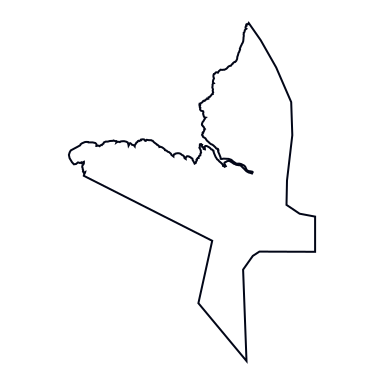 Imeong, Palau (orthographic projection)
{"feature_id": "81905179B35739525053108", "entity_name": "Imeong", "entity_type": "district", "adm_level": 2, "iso_a3": "PLW", "parent_name": "Palau", "parent_adm1": "", "projection": "orthographic", "projection_center": [134.514, 7.531], "detail": "fine", "context": "isolated", "style": "outline", "palette": "ink", "viewbox_px": 384, "rotation_deg": 0, "n_neighbors": 0, "source": "geoboundaries", "source_scale": "gbopen_adm2", "svg_char_len": 5672}
<svg xmlns="http://www.w3.org/2000/svg" viewBox="0 0 384 384"><path d="M198.4,303.2L246.5,361.0L243.1,269.6L252.8,255.9L259.4,251.6L315.1,251.8L315.1,216.6L299.6,213.7L286.5,204.9L287.0,180.5L292.3,135.2L291.2,102.1L276.2,67.5L260.7,40.2L248.7,23.0L248.2,23.9L248.0,24.2L247.3,24.1L246.8,24.1L246.4,24.4L246.7,25.0L246.4,25.4L246.4,25.9L246.0,25.9L245.9,26.3L245.5,27.2L245.6,27.9L245.7,28.4L246.3,28.8L245.5,29.4L244.8,30.2L244.6,31.5L244.2,32.5L243.7,32.9L243.8,34.0L243.6,34.5L243.8,35.4L243.7,36.6L243.5,37.6L243.5,38.4L243.4,39.6L243.2,41.3L242.6,42.9L242.0,43.8L241.5,45.0L240.8,46.3L240.4,47.4L240.1,48.1L239.8,48.8L240.1,49.5L239.7,50.4L239.3,51.4L239.2,51.9L238.6,52.7L238.3,53.8L237.8,55.7L237.5,56.2L237.3,57.0L237.2,58.2L237.1,59.0L236.2,60.9L235.1,62.0L234.6,61.9L233.9,62.4L233.2,62.9L232.8,63.7L231.9,64.3L231.5,64.9L230.8,65.8L230.1,65.8L229.1,66.2L228.4,66.6L227.6,67.5L226.7,68.5L226.1,68.9L224.9,69.5L224.2,69.8L223.5,69.7L222.2,69.9L221.3,69.8L220.5,69.7L219.7,70.5L219.0,71.0L218.5,71.7L217.9,72.7L216.8,72.3L215.9,72.4L215.1,73.2L214.6,73.9L213.9,74.0L213.5,75.0L213.4,76.1L213.5,77.1L214.0,78.3L213.7,79.0L213.2,80.1L213.0,81.1L212.9,82.1L213.8,83.2L213.0,83.4L212.5,84.7L212.6,85.9L212.3,87.3L212.9,89.1L213.0,89.7L212.7,90.3L212.8,91.3L213.2,92.3L212.8,92.9L212.8,94.9L212.4,93.8L211.5,94.8L210.9,95.7L210.2,96.3L209.8,96.9L208.6,97.3L208.4,98.7L207.1,98.5L206.9,99.2L205.5,99.7L205.3,100.2L204.6,100.9L203.8,100.7L203.2,101.0L202.7,101.8L202.0,102.5L200.9,103.1L200.3,103.7L199.6,103.7L199.4,104.6L199.5,105.5L200.1,105.5L199.9,106.2L199.8,107.3L200.4,107.9L200.1,108.6L200.1,109.5L200.5,110.1L201.0,110.7L202.6,111.1L203.2,111.3L203.3,111.9L203.4,112.5L203.2,113.1L203.1,113.9L203.4,114.7L203.6,115.7L203.9,116.5L204.4,117.3L205.0,117.5L205.6,117.6L205.0,118.1L204.9,118.8L204.4,119.3L203.6,120.9L202.6,122.1L202.0,123.7L201.9,124.5L202.1,125.2L202.7,125.6L202.8,126.2L203.7,126.9L203.9,127.5L204.2,128.0L204.9,129.0L204.2,129.5L204.3,130.4L204.0,130.9L203.5,132.0L202.9,132.2L202.6,132.8L203.0,133.2L202.3,134.3L202.0,134.9L202.8,135.8L202.8,136.5L203.4,137.2L204.2,137.5L205.5,138.4L206.2,139.6L207.0,140.7L208.8,142.2L209.6,143.1L211.1,144.2L212.2,144.6L213.5,145.5L214.3,146.3L215.5,147.4L216.1,148.3L216.8,148.8L217.5,148.7L217.9,148.9L218.0,149.7L218.4,150.0L218.4,150.8L218.1,150.9L218.3,152.0L219.1,153.7L220.0,156.0L220.6,157.5L220.7,158.8L221.8,159.0L223.1,158.7L224.8,158.7L226.8,158.8L228.7,158.9L231.3,159.8L231.9,160.3L233.2,161.5L234.7,162.5L236.0,163.4L236.9,163.7L239.2,163.6L241.0,164.0L242.6,164.8L243.9,165.4L245.2,166.6L245.9,168.2L246.6,169.7L247.2,170.4L248.7,171.1L250.5,171.3L252.3,171.7L252.7,172.1L252.0,173.5L250.1,172.8L249.2,172.7L248.3,172.3L247.2,171.7L246.3,171.1L245.3,170.1L244.0,168.7L242.7,167.5L242.1,166.9L241.1,165.9L240.3,165.3L238.6,165.2L237.6,165.0L236.2,164.8L235.2,164.2L233.9,163.8L232.9,163.1L231.6,162.2L230.2,161.4L229.2,160.9L228.6,160.9L227.0,161.2L226.2,161.8L225.3,162.1L224.5,162.7L224.4,163.6L225.0,164.7L225.5,165.6L225.8,166.2L225.2,166.4L224.7,166.8L223.8,166.1L223.0,165.9L222.9,165.0L222.3,164.2L222.0,163.7L221.2,163.0L220.3,162.2L219.3,161.4L218.9,160.9L218.0,159.9L217.1,159.3L216.8,158.8L216.3,157.9L215.6,156.9L215.1,155.7L214.1,153.4L213.7,152.2L213.6,151.1L213.3,151.0L213.2,150.5L212.9,150.4L212.2,149.6L211.3,149.4L210.6,148.6L209.7,147.7L208.6,147.0L207.1,146.2L206.6,146.0L205.9,145.9L205.2,146.1L204.7,146.7L204.8,148.3L204.9,149.3L204.4,149.2L203.8,149.0L203.9,148.4L203.2,147.9L203.0,147.1L202.2,146.9L201.8,145.6L202.1,144.8L201.0,144.5L201.0,144.1L200.5,144.1L200.4,144.3L199.9,144.4L199.8,145.9L199.8,147.3L199.4,147.8L200.2,149.1L200.9,150.9L200.8,151.9L201.1,152.7L200.4,153.7L200.4,154.4L200.3,155.4L199.3,155.8L198.6,157.2L198.6,158.0L197.7,158.0L196.6,159.5L197.0,159.9L196.6,160.9L196.1,161.3L195.8,162.9L194.6,163.6L194.1,162.5L193.2,160.9L192.7,160.2L192.4,158.6L191.1,157.9L190.5,157.2L189.4,156.9L188.9,156.4L187.1,156.2L186.3,157.0L185.6,157.4L185.7,158.9L184.6,158.2L184.0,156.4L183.2,155.5L182.2,155.1L181.4,154.5L180.6,153.8L179.2,153.3L178.0,153.2L177.0,153.3L175.4,153.6L174.5,154.4L173.9,154.5L173.4,155.7L173.4,156.4L171.5,155.0L170.9,153.7L169.0,152.1L167.7,151.7L166.5,150.6L165.0,150.2L164.8,149.4L163.2,148.1L162.2,147.4L160.6,146.8L159.5,147.0L159.5,146.4L159.0,146.2L157.9,145.1L156.9,144.7L156.5,144.0L156.0,143.8L153.8,142.1L152.7,140.8L152.0,140.7L151.2,140.2L150.0,140.2L148.4,140.1L146.7,139.8L145.8,140.3L145.8,140.8L145.3,140.9L144.2,139.5L143.0,139.3L141.9,139.4L141.0,139.6L141.0,140.3L140.2,140.5L139.4,141.0L138.9,140.7L137.9,141.1L137.3,142.2L136.6,142.4L136.1,143.1L135.8,143.8L135.3,144.4L134.8,145.2L134.7,146.3L133.9,145.3L133.0,145.0L132.0,144.8L131.1,143.8L130.3,143.2L129.3,143.4L128.9,143.9L129.0,144.9L128.6,145.6L128.5,144.9L128.1,143.6L127.6,142.4L126.3,141.7L124.2,141.2L123.0,141.2L120.9,141.4L119.8,142.1L119.0,141.8L117.2,141.9L116.5,142.4L116.8,141.5L116.5,141.1L115.7,141.2L113.4,140.5L112.9,140.9L111.7,140.9L109.9,141.0L107.8,141.6L105.7,141.6L103.8,142.5L103.5,143.6L102.7,144.1L102.0,144.9L101.8,144.7L100.3,145.5L99.6,146.2L99.0,145.9L98.2,145.6L97.3,145.7L96.7,146.0L96.3,145.9L96.7,144.9L96.2,143.8L95.3,143.0L92.6,142.4L88.4,142.4L88.2,142.0L86.1,141.9L84.8,142.1L82.0,143.3L80.6,144.3L80.2,145.3L77.7,146.7L70.8,150.4L69.7,152.3L68.9,154.9L69.6,158.2L72.0,162.2L73.9,164.3L76.0,164.0L78.0,162.4L80.0,163.0L81.3,162.4L81.6,163.1L83.4,162.0L83.9,161.8L83.9,163.1L83.7,163.9L83.3,164.4L82.4,165.7L82.2,167.0L82.7,168.2L82.7,169.2L83.2,170.2L82.9,171.3L83.7,172.7L85.2,172.0L85.0,172.8L84.3,173.7L84.2,174.6L83.9,175.1L83.8,175.8L212.2,240.8L198.4,303.2Z" fill="none" stroke="#020617" stroke-width="2"/></svg>